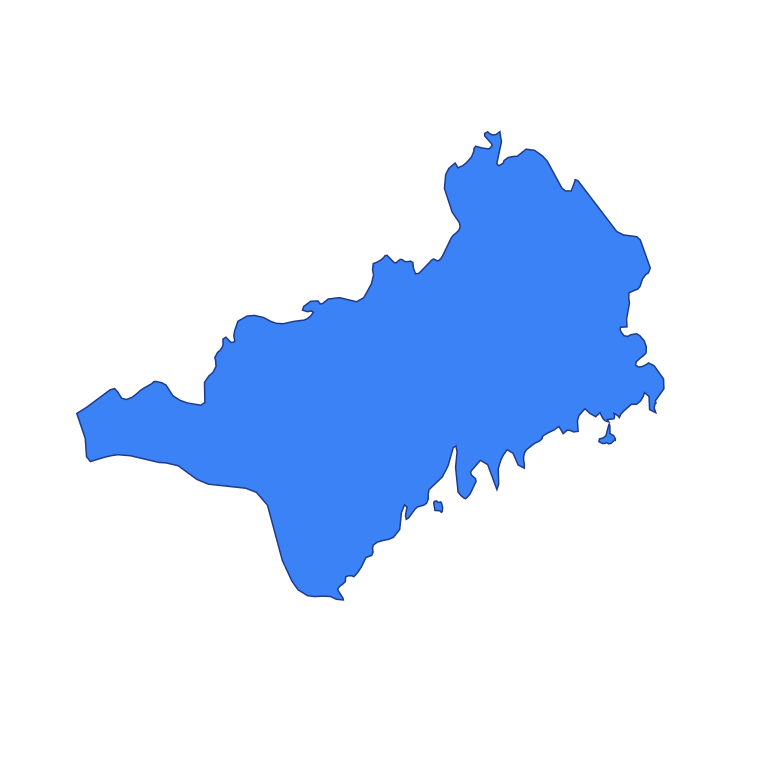 the Region of Satakunta, rotated 240°
{"feature_id": "FIN-3192", "entity_name": "Satakunta", "entity_type": "Region", "adm_level": 1, "iso_a3": "FIN", "parent_name": "Finland", "parent_adm1": "", "projection": "albers", "projection_center": [22.046, 61.595], "detail": "fine", "context": "isolated", "style": "filled", "palette": "blue", "viewbox_px": 768, "rotation_deg": 240, "n_neighbors": 0, "source": "natural_earth", "source_scale": "10m", "svg_char_len": 4454}
<svg xmlns="http://www.w3.org/2000/svg" viewBox="0 0 768 768"><g transform="rotate(240 384 384)"><path d="M231.5,610.1L231.5,609.0L228.2,606.0L223.3,605.0L229.0,601.2L240.7,607.3L246.4,605.2L243.7,602.4L241.0,597.7L240.2,592.5L242.8,588.2L240.7,578.2L239.5,574.1L237.3,571.0L239.3,570.8L244.3,568.2L242.8,568.3L241.5,567.9L240.1,567.0L238.9,565.6L241.6,559.7L238.9,559.7L241.6,557.1L244.6,556.3L251.1,556.7L250.2,552.5L249.8,551.0L255.8,547.5L262.1,545.7L259.2,537.0L255.4,533.1L245.9,528.4L247.8,524.1L250.6,522.1L252.4,519.7L251.4,514.3L259.6,514.3L259.6,511.3L259.1,509.0L259.7,501.5L259.7,497.4L259.3,494.9L257.7,493.8L257.1,491.7L256.9,489.2L257.3,485.4L257.1,483.2L255.9,474.8L254.8,472.2L251.8,469.0L249.2,467.3L243.6,465.1L241.0,463.3L246.8,459.7L259.5,461.1L265.6,457.8L262.7,451.7L259.7,447.1L253.4,440.5L240.0,433.3L236.1,429.0L262.4,433.5L269.7,429.3L265.6,417.4L264.5,415.1L261.7,414.1L256.4,415.9L253.6,415.0L245.8,403.7L244.2,399.1L243.9,397.2L245.1,396.3L248.3,395.0L253.3,394.1L276.0,404.3L288.5,413.2L294.3,415.3L294.3,412.2L280.9,398.3L274.3,387.9L270.0,370.2L266.4,367.1L262.3,364.9L259.4,361.1L259.2,357.7L260.8,351.6L260.2,348.5L255.7,338.2L255.7,335.6L259.4,336.9L266.0,342.4L269.1,341.4L263.9,334.8L250.2,324.9L246.5,315.5L247.1,310.4L249.0,304.8L250.4,299.2L249.9,294.2L247.2,291.8L243.9,290.5L241.8,287.8L242.7,281.5L236.8,272.8L233.9,267.0L232.2,261.6L234.1,260.1L235.7,257.2L236.2,254.4L232.2,251.7L231.4,248.5L231.0,244.6L229.8,241.5L228.0,241.0L219.1,241.4L217.3,240.8L221.4,235.1L226.8,231.3L231.0,224.7L234.6,217.6L238.9,212.0L248.6,206.7L259.1,205.7L281.8,207.7L337.4,222.5L354.0,219.3L362.9,212.1L385.0,181.9L395.0,174.2L416.1,164.9L424.9,155.5L428.4,150.1L448.6,128.6L455.8,118.2L458.3,112.0L460.7,103.9L463.6,91.0L469.7,90.0L486.3,98.1L512.1,103.2L512.5,114.7L515.9,143.8L514.8,148.4L510.4,149.4L502.8,149.7L499.4,153.1L498.4,159.2L499.2,164.9L500.3,170.2L500.5,175.4L500.4,183.0L501.1,185.8L500.4,187.6L496.3,192.1L492.1,194.7L479.4,195.3L472.1,199.0L465.8,204.3L457.3,214.7L457.5,219.6L475.1,229.3L478.5,236.3L479.5,241.6L483.2,247.3L488.5,249.9L491.5,250.7L494.6,255.7L495.3,259.6L497.7,263.8L503.4,267.0L503.6,270.5L496.8,272.2L495.6,273.9L495.6,276.2L500.6,277.9L504.9,281.4L511.4,288.9L511.3,299.3L508.1,306.2L501.9,312.8L494.8,317.3L490.5,320.9L486.5,327.0L483.3,337.2L480.1,345.0L479.3,346.5L478.9,350.4L479.6,354.5L481.4,358.7L483.6,357.5L484.8,354.0L488.7,350.3L491.3,353.3L492.3,361.7L489.0,368.3L485.2,368.8L484.4,371.2L485.5,378.2L481.0,388.7L469.0,401.3L468.8,409.5L476.9,423.0L483.5,429.4L488.9,431.4L493.7,434.9L493.1,437.9L492.9,442.8L493.7,447.0L494.6,449.0L494.0,451.0L484.1,453.5L482.8,455.1L483.1,456.1L483.3,456.8L483.8,460.4L482.5,462.1L480.8,462.7L479.1,463.8L478.0,466.0L477.2,468.3L474.7,469.7L469.5,467.4L463.7,466.4L462.4,469.4L466.4,484.0L467.4,486.6L467.6,489.3L463.5,492.2L464.1,495.8L465.7,498.8L476.9,515.3L478.2,518.6L478.8,522.2L479.7,525.6L482.0,528.5L485.9,529.9L498.8,529.0L523.1,534.1L534.5,542.1L538.3,548.0L539.8,556.1L534.2,556.2L533.7,561.1L534.4,566.0L536.8,573.2L540.5,578.0L543.0,579.7L544.1,582.3L539.3,587.0L536.4,590.7L535.1,592.8L536.3,596.9L538.7,597.2L548.5,595.2L550.7,596.6L550.5,599.9L548.5,600.5L545.5,602.4L544.0,605.6L544.6,610.5L535.0,606.8L518.5,591.9L515.6,592.4L515.6,597.5L517.5,599.7L518.1,604.9L516.1,610.5L514.6,613.0L516.3,624.5L511.1,631.2L502.3,635.3L495.4,636.8L464.7,636.0L460.3,637.8L457.6,642.7L463.9,650.4L465.4,651.7L463.2,653.6L399.7,661.8L393.4,665.9L385.1,676.6L380.6,678.0L351.3,672.6L348.0,668.5L347.9,665.4L345.7,660.4L340.4,654.4L339.2,651.0L339.6,649.5L340.0,647.0L340.2,644.0L340.5,641.7L336.0,638.9L331.3,637.0L319.0,626.6L312.0,623.0L314.5,618.0L315.0,617.1L312.9,615.7L310.4,615.4L305.9,615.9L303.3,618.9L303.3,622.3L301.1,628.0L298.0,629.7L291.2,631.0L284.9,629.7L279.9,626.5L278.9,623.3L278.2,618.3L277.1,613.5L274.7,611.4L271.6,612.6L270.0,616.1L269.7,620.9L270.0,623.6L264.7,627.1L248.5,628.6L239.9,624.0L233.8,610.6L231.5,610.1ZM234.8,556.8L236.3,558.4L236.7,559.0L235.1,558.8L228.2,555.0L224.3,557.0L220.9,557.0L219.8,556.3L220.1,556.2L220.4,556.2L219.9,554.6L219.1,550.9L219.8,548.6L221.2,548.1L222.0,547.2L221.9,546.0L223.2,543.5L226.6,541.3L228.8,543.2L227.7,546.7L228.3,550.4L234.8,556.8ZM256.2,367.6L256.7,368.0L257.1,369.7L256.3,371.2L254.8,371.4L254.0,372.5L253.5,374.2L252.1,374.3L247.7,373.0L244.5,370.8L244.1,369.5L246.2,369.1L249.0,364.9L256.2,367.6Z" fill="#3b82f6" stroke="#1e3a8a" stroke-width="1.5"/></g></svg>